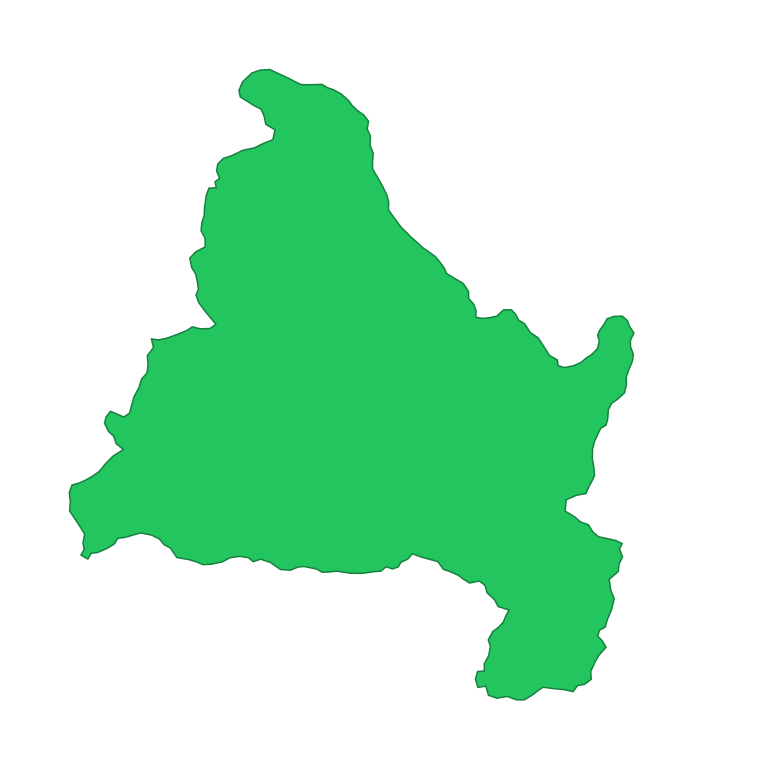 Atibaia, São Paulo, Brazil, rotated 284°
{"feature_id": "56859067B27497144633618", "entity_name": "Atibaia", "entity_type": "district", "adm_level": 2, "iso_a3": "BRA", "parent_name": "Brazil", "parent_adm1": "São Paulo", "projection": "orthographic", "projection_center": [-46.586, -23.13], "detail": "fine", "context": "isolated", "style": "filled", "palette": "green", "viewbox_px": 768, "rotation_deg": 284, "n_neighbors": 0, "source": "geoboundaries", "source_scale": "gbopen_adm2", "svg_char_len": 3699}
<svg xmlns="http://www.w3.org/2000/svg" viewBox="0 0 768 768"><g transform="rotate(284 384 384)"><path d="M658.6,187.9L653.9,180.7L648.5,177.2L643.0,173.7L633.8,172.2L627.7,175.2L625.0,183.5L622.7,190.5L620.9,198.2L615.1,202.8L607.4,206.5L604.3,216.7L594.2,217.1L588.2,208.7L581.7,201.1L576.6,190.4L568.6,180.9L564.0,173.5L557.1,169.4L550.0,170.2L543.8,174.7L539.3,171.1L533.8,173.8L531.7,166.8L523.7,165.9L511.8,167.2L503.8,168.8L496.5,168.2L488.5,169.4L482.1,175.1L473.8,177.4L466.8,169.4L459.1,165.1L450.3,169.4L445.0,174.8L437.2,178.5L431.3,181.0L424.7,180.1L417.9,184.8L411.1,193.1L406.2,199.7L401.3,206.4L395.8,201.8L393.1,192.7L393.1,184.1L388.5,180.1L382.3,171.7L375.7,161.9L372.2,154.5L371.4,147.5L363.6,151.5L354.2,147.5L345.0,150.6L337.4,151.3L330.0,147.5L321.0,147.1L311.1,144.5L294.0,144.1L289.0,139.5L290.3,131.6L291.3,125.2L284.8,122.3L278.3,122.3L271.3,128.2L268.0,134.3L261.3,138.6L257.3,146.9L248.6,138.6L239.0,132.9L230.4,129.0L223.2,122.7L218.5,117.6L214.2,112.3L210.5,105.7L202.5,104.9L194.3,108.0L184.7,109.7L178.9,116.1L172.6,123.0L165.8,129.9L157.2,130.3L151.1,133.1L144.7,131.4L142.5,139.0L149.0,141.0L151.1,146.7L157.6,155.2L163.7,161.2L169.7,162.8L172.5,169.8L176.8,177.2L180.6,183.8L181.2,195.1L179.3,203.5L174.8,209.7L173.2,216.3L165.5,225.0L166.4,236.9L166.1,244.6L164.9,252.3L167.4,260.0L172.3,270.2L178.1,276.5L181.7,285.2L182.7,294.4L180.0,300.1L184.2,306.7L183.4,316.8L179.0,328.5L180.7,338.3L185.6,344.9L187.6,350.7L188.2,363.3L186.4,369.5L188.3,376.0L191.0,383.6L192.3,397.2L194.8,408.1L199.1,418.8L201.7,426.3L207.3,430.4L206.6,437.0L209.9,442.0L215.3,443.7L219.8,449.4L226.1,452.6L225.1,462.6L224.9,471.3L224.7,479.2L218.6,486.5L217.7,495.2L216.4,502.2L214.0,507.8L211.6,515.2L215.9,524.1L213.1,530.7L206.4,534.5L201.5,543.4L195.7,548.5L194.9,560.0L188.3,558.3L182.0,557.4L176.2,554.3L170.0,549.4L160.9,547.1L155.1,550.7L146.0,551.3L136.8,549.0L129.8,550.7L127.6,544.4L119.9,544.1L112.4,548.5L115.4,556.0L107.2,560.7L106.5,569.8L110.7,579.1L109.6,589.0L111.5,596.6L117.8,602.9L124.0,607.8L128.3,611.8L129.5,622.8L131.0,632.5L131.3,641.9L138.3,644.8L141.0,651.1L147.6,656.5L155.2,654.1L165.5,656.1L172.6,658.0L182.3,663.1L187.6,658.0L191.1,652.3L197.3,652.7L201.6,657.4L209.6,657.7L219.9,659.4L231.5,659.3L238.5,654.1L248.9,649.7L258.7,656.7L266.1,655.6L273.9,657.3L280.9,652.4L286.8,653.7L288.2,647.0L288.0,638.7L287.7,629.1L291.0,622.4L296.8,616.5L297.7,608.1L301.2,601.1L304.5,590.5L315.7,588.8L322.5,597.5L326.5,606.4L334.7,607.8L340.5,609.4L346.4,610.4L353.9,607.8L362.2,604.1L371.4,602.1L379.0,602.1L387.0,603.6L393.3,604.9L397.9,609.4L404.6,609.5L413.1,607.9L420.3,609.5L426.0,614.5L433.4,619.4L442.2,619.4L449.2,617.4L457.4,618.1L465.7,619.5L473.1,618.7L480.0,614.1L486.2,612.5L493.8,614.2L499.6,608.1L504.4,604.8L507.5,598.6L505.1,590.5L501.1,584.6L494.7,582.9L488.6,580.3L482.8,579.5L477.9,582.5L470.0,582.6L462.6,578.2L458.1,573.9L452.9,570.2L447.7,563.7L443.5,555.0L444.0,548.4L449.2,546.4L451.7,537.7L459.1,530.0L466.1,522.4L469.3,513.5L476.5,505.8L478.6,499.1L483.5,494.8L486.8,489.8L484.9,482.1L477.1,477.0L473.8,470.2L471.5,464.0L470.9,457.0L477.4,455.6L483.2,451.6L487.5,445.4L494.1,443.7L500.6,436.7L503.7,426.5L506.4,418.0L511.0,414.4L515.9,408.7L520.1,402.8L523.2,395.1L525.7,388.5L529.0,382.6L533.3,374.3L537.4,367.6L540.4,362.5L547.6,353.7L554.1,346.1L561.2,344.7L567.7,341.3L574.9,335.3L582.0,328.7L589.9,320.9L596.4,319.2L605.2,317.8L612.2,312.8L621.2,310.9L627.6,305.9L635.1,305.5L640.0,299.5L643.1,291.6L646.6,285.6L650.5,281.0L655.0,272.4L657.3,263.9L657.8,257.3L659.7,251.4L656.0,238.0L654.5,231.2L655.8,224.4L657.4,218.2L658.8,211.1L660.3,203.2L661.5,197.1L658.6,187.9Z" fill="#22c55e" stroke="#15803d" stroke-width="1.5"/></g></svg>